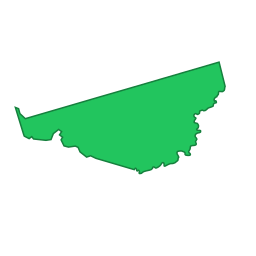 the district of Wayne, Pennsylvania, United States of America, rotated 76°
{"feature_id": "52423323B52307790790570", "entity_name": "Wayne", "entity_type": "district", "adm_level": 2, "iso_a3": "USA", "parent_name": "United States of America", "parent_adm1": "Pennsylvania", "projection": "albers", "projection_center": [-75.192, 41.616], "detail": "fine", "context": "isolated", "style": "filled", "palette": "green", "viewbox_px": 256, "rotation_deg": 76, "n_neighbors": 0, "source": "geoboundaries", "source_scale": "gbopen_adm2", "svg_char_len": 2538}
<svg xmlns="http://www.w3.org/2000/svg" viewBox="0 0 256 256"><g transform="rotate(76 128 128)"><path d="M86.1,23.7L90.0,121.1L91.1,150.4L92.3,179.8L94.1,225.4L87.9,229.4L82.8,229.5L80.8,232.3L109.3,230.8L110.8,230.6L114.4,226.5L113.1,223.5L115.8,222.3L120.1,210.6L120.6,205.5L115.4,201.8L112.6,195.6L115.5,193.3L118.1,196.1L121.1,193.7L123.3,195.8L129.9,194.4L132.1,190.4L132.8,183.5L134.7,181.1L139.6,180.3L146.2,175.2L145.9,171.0L149.7,166.4L169.9,132.0L168.9,130.9L168.9,130.3L169.5,129.9L170.3,129.7L171.3,129.8L171.9,129.5L171.9,129.1L171.5,128.2L171.8,127.7L173.1,127.4L173.5,127.5L174.2,128.1L174.4,128.1L174.8,128.0L175.1,127.5L175.2,126.0L174.2,123.7L174.1,123.2L174.0,121.0L174.1,117.1L173.9,115.4L173.0,113.9L172.4,113.7L172.1,113.5L172.0,112.8L172.1,112.2L173.3,111.1L173.6,110.7L173.6,110.0L173.3,108.4L172.5,106.4L171.8,105.3L170.3,103.7L170.0,103.0L170.0,102.5L170.5,101.8L171.6,101.7L173.4,102.1L173.7,102.0L173.9,101.6L173.9,101.1L173.1,97.8L172.8,95.7L173.3,93.0L173.1,90.9L171.6,87.6L170.8,87.1L170.0,86.9L169.2,86.5L168.9,86.0L168.5,85.8L167.8,85.9L165.1,86.6L164.6,86.6L163.5,86.4L163.0,85.8L162.8,85.5L162.7,85.0L162.8,83.8L162.9,82.9L163.2,81.7L163.4,81.3L165.1,79.0L166.0,78.7L167.4,79.0L168.1,78.7L168.3,78.4L168.8,77.4L169.3,75.7L169.4,74.8L169.3,74.3L168.8,73.9L168.1,73.9L167.7,74.0L166.5,74.9L165.8,74.9L165.0,74.4L163.6,73.0L160.9,71.8L160.6,71.0L160.6,70.6L160.6,69.8L160.9,68.1L160.9,66.9L160.7,66.2L160.5,65.9L159.8,65.6L158.0,65.8L157.4,65.7L155.5,63.9L154.8,64.0L154.2,64.2L152.9,64.8L152.2,64.9L151.2,64.5L150.6,64.0L150.2,63.4L149.7,61.9L149.8,59.8L149.6,58.9L149.3,58.5L148.5,58.3L148.1,58.3L147.6,59.0L147.3,60.2L147.0,61.1L146.6,61.6L146.4,61.7L146.0,61.7L145.6,61.4L145.4,61.0L145.1,60.3L144.5,59.7L143.8,59.3L142.6,59.0L141.4,59.2L140.3,59.7L139.3,61.6L138.6,62.4L138.2,62.4L137.0,61.8L136.4,61.3L135.5,60.2L135.0,59.8L134.6,59.8L133.6,60.8L133.0,61.1L131.7,61.1L131.1,60.7L130.6,60.0L130.5,59.5L130.4,58.8L130.9,58.1L131.5,57.6L131.7,57.0L131.1,55.2L130.6,54.9L129.6,54.6L128.9,54.3L128.7,52.7L128.6,51.6L129.6,50.3L129.7,48.9L129.3,47.7L128.1,45.5L127.9,44.8L127.9,43.6L127.7,41.7L127.4,40.2L125.3,39.1L125.0,38.6L124.8,38.0L124.9,36.5L124.4,36.0L123.4,36.0L123.1,36.1L122.8,36.4L122.9,37.5L122.3,37.7L121.0,37.5L120.5,37.1L119.5,36.0L119.1,34.2L118.6,34.0L117.2,32.2L115.9,31.7L115.2,31.5L114.6,31.0L114.6,30.6L115.5,27.8L115.5,27.2L114.8,25.6L113.7,24.9L112.3,24.4L111.1,23.7L102.5,23.7L96.5,23.7L95.6,23.7L87.3,23.7L86.1,23.7Z" fill="#22c55e" stroke="#15803d" stroke-width="1.5"/></g></svg>